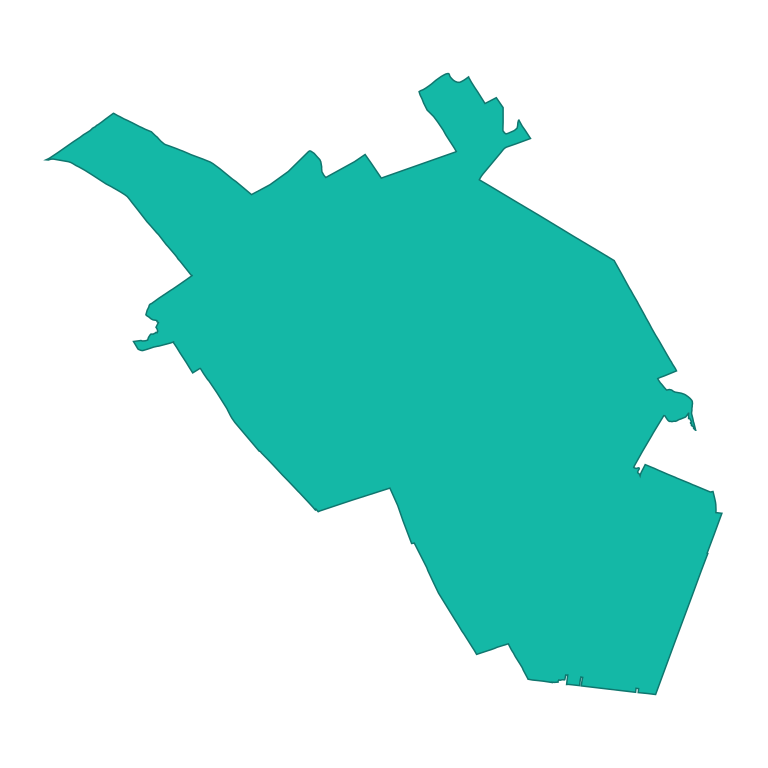 Trifesti, Neamt, Romania (Mercator projection)
{"feature_id": "2599482B56536126693298", "entity_name": "Trifesti", "entity_type": "district", "adm_level": 2, "iso_a3": "ROU", "parent_name": "Romania", "parent_adm1": "Neamt", "projection": "mercator", "projection_center": [26.835, 46.906], "detail": "fine", "context": "isolated", "style": "filled", "palette": "teal", "viewbox_px": 768, "rotation_deg": 0, "n_neighbors": 0, "source": "geoboundaries", "source_scale": "gbopen_adm2", "svg_char_len": 6032}
<svg xmlns="http://www.w3.org/2000/svg" viewBox="0 0 768 768"><path d="M707.8,553.5L707.1,553.2L713.7,535.6L714.7,532.9L721.9,513.3L715.9,512.6L716.0,509.9L715.8,504.6L715.5,502.2L714.8,498.9L714.0,495.5L713.0,491.5L711.7,491.7L711.3,492.0L710.6,492.0L709.3,491.6L694.5,485.4L693.3,485.0L689.6,483.3L676.8,478.1L675.2,477.3L668.0,474.4L660.9,471.3L658.5,470.3L654.2,468.3L651.9,467.4L645.2,464.6L644.1,466.8L641.6,471.6L640.6,473.8L640.1,475.8L639.9,475.2L639.4,474.3L639.0,473.7L637.7,472.7L637.7,471.7L639.3,468.8L639.1,468.0L638.3,467.8L636.7,468.4L635.2,468.2L633.8,467.5L633.7,467.3L634.9,464.9L642.4,451.5L651.7,435.7L653.2,433.0L663.8,415.6L664.9,415.8L666.8,418.8L668.1,420.5L669.3,421.4L670.8,421.4L671.3,421.6L672.3,421.6L673.9,421.2L675.4,421.3L676.7,420.9L678.9,419.6L680.8,419.0L685.4,417.1L685.8,416.8L687.4,414.7L688.3,413.5L688.7,412.7L688.7,413.4L688.4,415.2L688.6,416.2L688.6,418.5L689.7,418.5L691.3,421.7L691.3,422.1L691.1,422.3L690.5,422.8L690.7,423.5L691.1,423.6L691.7,424.4L691.4,425.3L691.5,425.5L692.1,426.0L692.5,426.1L693.5,426.7L693.5,428.1L693.8,428.7L694.4,429.0L695.4,430.2L695.7,430.2L695.5,429.6L693.9,423.0L693.5,422.0L692.8,418.5L692.1,415.7L691.8,414.6L691.6,413.8L691.6,412.3L691.9,410.6L691.9,408.2L692.1,407.1L692.2,406.6L692.2,405.3L692.5,403.7L692.3,401.5L691.9,400.5L690.2,398.5L688.1,396.7L685.7,395.0L684.4,394.3L681.6,393.3L680.3,393.0L675.1,392.1L673.5,391.4L671.6,390.0L671.0,389.9L669.4,389.5L668.9,389.6L667.0,390.0L666.5,390.0L664.2,387.4L661.7,384.3L660.3,382.8L658.0,379.3L657.7,378.6L660.0,377.5L664.1,376.0L676.5,370.9L675.7,369.2L674.9,367.8L672.2,363.6L671.6,362.3L670.1,360.0L667.4,355.4L659.0,340.7L655.6,335.2L651.7,328.3L649.3,323.7L645.9,317.7L645.0,315.9L638.1,303.4L637.6,302.3L633.0,294.4L631.0,290.7L629.3,288.0L621.6,273.9L615.0,262.1L614.2,260.6L600.6,252.4L574.1,236.6L540.3,216.1L515.7,201.5L488.5,185.2L479.3,179.8L480.0,178.4L481.4,176.1L482.9,174.1L500.6,152.9L503.0,149.9L504.2,148.6L505.0,148.0L506.3,147.2L516.4,143.7L530.5,138.5L525.1,130.2L522.2,126.1L518.9,120.1L518.5,120.4L517.9,122.6L517.6,125.9L517.2,127.7L517.0,128.2L515.1,129.9L514.0,130.7L513.1,131.1L508.1,133.3L506.0,133.9L504.4,132.8L503.5,131.4L503.2,131.2L503.0,130.9L502.9,130.0L503.0,125.5L503.1,122.6L503.1,122.3L503.1,107.6L496.3,97.7L485.0,103.5L477.7,91.9L474.6,87.3L471.4,82.2L470.5,80.6L469.7,79.1L469.0,78.0L468.6,76.9L467.4,77.7L466.4,78.5L463.9,80.2L462.1,81.2L459.9,82.3L459.0,82.3L457.6,82.3L455.4,81.5L453.6,80.4L452.5,79.4L451.0,77.8L450.2,76.8L449.7,75.8L449.3,74.5L448.8,73.7L448.0,73.5L445.8,74.0L444.0,74.9L441.2,76.5L439.2,77.9L435.7,80.4L431.5,84.0L428.8,86.0L425.9,88.0L423.1,89.7L420.8,90.6L419.1,91.6L419.4,92.8L420.2,95.2L422.0,98.8L423.6,103.0L424.9,105.6L427.2,110.2L428.7,111.6L433.6,116.5L437.7,122.0L443.2,130.1L445.8,134.9L454.2,147.9L456.3,151.5L455.4,152.0L381.3,178.1L370.8,162.6L365.1,154.5L354.5,161.7L325.8,177.5L323.9,175.3L321.9,171.7L321.6,168.1L321.7,167.0L321.5,165.8L320.8,161.8L319.8,159.6L317.0,156.6L314.2,153.4L311.1,151.3L310.4,151.0L309.8,150.9L308.6,151.5L288.3,171.5L270.0,184.7L251.5,194.6L235.9,181.5L232.6,179.2L219.8,168.7L212.9,163.6L212.2,163.2L210.2,162.0L207.4,160.9L203.0,159.1L190.6,154.5L188.9,153.7L182.6,151.0L180.1,150.1L176.7,148.7L168.6,145.7L165.6,144.7L164.4,144.1L161.0,141.3L159.0,139.2L157.2,137.1L155.5,135.8L151.4,131.8L145.3,129.3L141.7,127.5L139.6,126.6L131.9,122.6L130.8,122.1L127.6,120.5L124.0,118.9L119.8,116.6L117.8,115.7L114.0,113.5L113.4,113.3L105.5,119.1L101.5,122.2L98.0,124.7L96.6,125.4L95.0,127.0L94.7,127.0L92.4,128.3L91.8,129.0L90.1,130.6L85.7,133.4L83.5,134.7L80.1,137.3L73.4,141.7L57.7,152.7L49.9,157.9L48.5,158.7L46.1,159.8L48.5,160.0L49.8,159.5L51.7,159.1L53.5,159.1L68.4,161.7L70.6,162.4L72.7,163.5L76.1,165.6L78.8,166.9L84.7,170.2L92.2,174.9L106.0,183.9L110.6,186.3L120.4,191.9L124.8,194.7L127.2,196.5L127.9,197.3L130.0,199.9L132.1,202.7L136.4,208.1L147.1,221.9L150.4,225.5L156.6,232.7L158.6,234.7L163.5,241.1L166.2,244.6L167.9,246.4L170.6,249.6L172.5,251.8L174.7,254.4L176.8,257.0L177.7,258.5L178.2,259.2L180.0,261.1L190.8,274.7L191.5,275.4L192.0,275.4L192.1,275.6L184.3,281.1L172.7,289.1L170.9,290.2L159.2,298.0L151.6,303.5L150.2,304.1L149.4,305.0L149.0,306.1L148.8,307.0L147.6,309.4L147.2,310.1L145.9,314.8L146.9,315.8L148.7,316.9L151.1,318.9L153.1,319.9L155.3,320.2L156.9,320.6L157.0,321.7L158.4,322.5L156.0,327.3L156.9,328.6L157.4,329.9L157.7,331.5L157.0,332.8L156.1,332.3L155.2,333.1L154.2,333.5L153.4,334.1L150.9,334.1L150.1,334.9L148.5,337.4L147.6,340.1L145.3,340.8L142.4,341.0L141.0,340.5L133.5,341.5L137.4,348.1L137.8,348.8L138.3,349.3L140.4,350.2L141.5,350.5L142.7,350.6L147.7,349.1L151.6,347.8L153.6,347.1L157.3,346.3L158.8,346.1L170.2,343.1L173.5,342.0L173.5,342.7L176.6,347.3L180.2,353.2L186.4,362.7L189.0,367.0L192.7,372.9L199.8,368.5L200.4,368.5L201.0,369.4L203.7,373.8L207.6,379.5L208.9,380.9L216.9,392.7L226.9,408.6L227.6,410.1L230.5,415.8L231.9,418.2L234.9,422.5L259.2,451.2L260.6,451.6L260.7,452.0L261.5,453.0L268.1,459.7L273.5,465.4L282.5,475.1L288.0,480.7L295.7,488.8L297.0,490.2L298.6,491.9L299.0,492.2L309.0,502.9L313.1,507.4L315.0,509.7L315.5,510.0L315.9,509.1L318.2,511.7L320.0,510.9L352.0,500.2L389.9,488.1L397.7,505.5L403.0,520.8L411.5,543.2L411.6,543.5L414.3,543.1L426.8,567.7L427.9,570.7L433.8,583.3L438.5,593.1L454.8,619.5L457.8,624.2L461.9,631.1L464.0,634.1L472.7,647.9L473.7,649.4L475.5,652.4L476.6,654.4L492.0,649.3L494.8,648.3L497.0,647.3L508.3,643.8L511.2,649.5L512.6,651.8L513.2,652.6L515.3,656.6L520.3,664.5L522.3,667.8L523.3,670.2L527.9,678.8L528.0,679.2L532.4,680.0L538.3,680.6L543.5,681.2L552.0,682.5L551.9,682.2L554.5,682.4L558.0,682.1L557.9,681.7L558.9,679.9L559.9,680.2L560.7,680.2L561.4,679.9L562.7,679.7L564.3,679.9L564.8,679.7L565.7,675.0L566.7,675.1L567.7,675.0L566.6,684.5L568.3,684.4L571.4,684.7L579.5,685.6L580.3,679.8L580.9,677.0L582.7,677.4L582.1,680.3L581.2,685.9L635.6,692.3L636.0,688.3L638.6,688.6L638.2,692.6L647.5,693.5L655.6,694.5L674.3,643.6L691.9,596.3L701.1,571.2L707.8,553.5Z" fill="#14b8a6" stroke="#0f766e" stroke-width="1.5"/></svg>